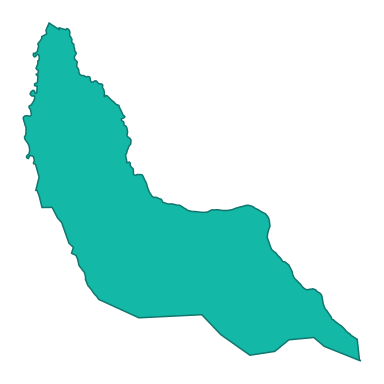 Santa Catarina Quioquitani, Oaxaca, Mexico
{"feature_id": "50627088B43254077601516", "entity_name": "Santa Catarina Quioquitani", "entity_type": "district", "adm_level": 2, "iso_a3": "MEX", "parent_name": "Mexico", "parent_adm1": "Oaxaca", "projection": "robinson", "projection_center": [-96.284, 16.318], "detail": "fine", "context": "isolated", "style": "filled", "palette": "teal", "viewbox_px": 384, "rotation_deg": 0, "n_neighbors": 0, "source": "geoboundaries", "source_scale": "gbopen_adm2", "svg_char_len": 5514}
<svg xmlns="http://www.w3.org/2000/svg" viewBox="0 0 384 384"><path d="M47.2,27.3L45.9,30.5L46.4,32.5L46.6,34.0L41.7,36.6L41.7,38.4L40.3,40.7L39.4,41.8L37.8,43.9L38.6,46.2L37.2,51.6L35.1,53.3L33.4,53.4L33.3,54.7L33.3,55.5L33.7,56.0L33.9,56.4L34.3,56.8L34.7,56.9L35.6,56.5L35.9,56.1L35.9,55.6L36.2,55.1L37.8,54.5L38.1,54.6L38.6,55.0L39.0,55.7L39.2,56.7L39.2,57.0L39.0,60.2L37.9,60.8L37.8,61.6L37.8,62.9L37.8,64.0L37.4,64.9L36.6,66.9L36.3,67.3L36.1,67.8L36.1,68.4L36.4,68.9L36.7,69.4L37.2,69.7L37.9,70.0L38.3,70.4L38.1,73.0L37.9,73.2L37.7,73.5L37.3,73.9L36.2,74.2L36.3,74.8L36.8,75.1L37.4,75.6L37.9,75.7L37.4,82.6L36.9,82.9L35.6,83.3L34.7,83.8L34.5,84.9L34.5,85.5L34.8,85.7L35.4,85.9L36.0,86.0L36.6,86.1L37.2,86.1L36.7,93.0L35.9,93.1L35.3,93.2L34.8,92.9L34.8,92.2L34.7,91.5L34.5,91.1L34.0,90.6L33.1,90.3L32.7,90.4L32.2,90.8L31.5,91.5L30.8,92.1L30.6,92.6L30.1,94.0L30.5,94.7L30.9,95.1L31.6,95.5L31.7,95.9L33.1,96.1L33.7,95.9L34.1,95.9L34.5,96.3L34.6,97.2L34.7,98.3L34.4,99.3L34.0,100.1L33.5,101.3L33.2,101.8L32.8,102.6L32.2,103.4L31.9,103.8L31.5,104.7L31.1,105.0L30.5,105.3L30.0,105.4L29.5,105.8L29.2,106.2L29.0,106.6L29.0,107.2L29.1,107.6L29.3,108.1L29.6,108.5L29.9,108.8L30.4,109.4L30.6,110.3L30.7,111.1L31.1,112.8L31.3,113.9L31.4,114.6L31.2,115.2L30.8,115.6L30.0,116.1L29.3,116.2L28.6,116.2L28.2,115.9L27.4,115.6L26.9,115.7L26.2,115.8L25.2,115.9L24.4,116.2L23.8,116.8L23.4,117.4L23.2,118.3L23.4,119.2L23.8,120.5L24.1,121.9L24.8,123.4L25.0,125.2L25.8,126.6L26.0,128.1L26.0,132.0L25.8,134.0L25.6,135.2L25.0,136.0L24.5,136.9L24.5,137.7L24.8,138.9L25.6,140.2L26.6,141.6L27.4,142.7L28.6,144.9L29.0,145.9L29.4,147.7L29.6,150.0L29.5,151.6L29.4,152.2L29.1,153.0L29.2,153.7L28.5,154.3L27.3,155.3L26.8,155.9L26.5,156.6L26.5,157.2L26.9,157.9L27.5,158.3L28.4,158.5L28.8,157.6L29.4,156.4L30.0,155.7L31.4,155.7L32.8,156.2L33.4,156.7L34.4,160.2L33.8,162.0L33.4,163.0L33.8,163.9L34.7,164.0L35.5,164.3L39.1,177.0L35.8,190.3L37.0,190.3L39.2,196.0L42.0,207.5L52.1,207.4L57.6,218.0L61.7,222.6L69.0,243.3L73.4,247.4L71.5,253.1L72.7,253.9L73.4,254.2L74.5,254.6L76.2,255.6L76.6,257.0L77.3,258.0L77.9,260.6L78.3,262.2L78.8,264.8L79.7,266.6L80.6,267.5L82.4,270.1L84.1,271.9L85.0,274.4L85.5,276.8L85.5,279.8L86.3,281.5L87.8,285.4L91.1,289.3L94.3,293.9L96.7,296.4L98.7,299.4L138.9,317.8L201.8,314.7L220.9,334.7L249.9,355.2L274.8,351.4L288.9,339.8L313.8,337.5L324.3,346.4L360.8,361.0L359.4,359.5L357.2,339.3L351.0,335.3L350.1,334.1L348.0,332.7L346.3,331.3L344.3,328.8L341.5,326.0L338.6,324.1L334.5,320.9L333.4,319.7L331.9,319.4L331.1,316.8L328.9,313.8L327.9,312.3L327.2,311.1L325.0,308.6L323.7,305.1L323.2,303.7L322.7,300.7L322.1,297.1L321.5,295.0L319.7,292.9L318.4,292.4L316.6,291.1L315.7,289.8L312.5,288.7L311.3,289.2L310.0,289.2L306.9,289.8L305.2,289.1L303.9,288.2L301.8,286.2L300.4,284.1L298.2,282.0L294.4,278.2L292.8,274.9L292.2,271.7L290.9,269.1L288.8,265.0L285.1,262.0L282.8,261.5L280.1,257.6L277.8,255.5L275.9,252.9L273.7,251.4L271.6,249.4L270.3,246.2L268.5,240.8L267.3,237.9L267.4,235.4L267.9,232.6L268.7,229.5L270.0,226.3L269.7,223.8L269.3,220.5L268.5,217.8L267.1,215.8L265.6,213.9L260.6,211.3L258.4,209.8L255.1,208.3L253.4,206.9L251.1,206.0L248.7,205.3L247.0,205.3L244.0,205.9L242.3,206.6L240.3,206.8L238.4,207.5L236.1,208.1L234.2,208.9L231.6,209.8L228.3,210.3L226.9,210.5L222.9,210.5L219.3,210.0L218.0,209.7L213.9,209.9L211.5,209.9L208.9,211.3L207.2,212.1L203.2,212.4L199.7,212.1L194.7,211.5L192.4,211.5L189.4,210.8L187.5,210.3L185.6,208.8L183.8,207.9L182.5,206.9L179.5,205.2L176.9,205.1L174.0,204.3L171.6,203.9L169.3,204.0L167.6,203.9L164.2,202.7L162.8,202.2L161.7,200.1L161.5,199.4L159.2,198.6L156.3,197.3L153.6,197.4L151.8,196.0L149.2,191.7L147.6,187.6L146.4,183.2L145.4,181.3L143.3,176.9L142.5,175.2L141.6,174.6L140.0,174.6L137.2,174.5L135.8,175.3L134.2,175.0L133.6,174.2L133.4,173.3L133.4,170.1L133.0,168.5L132.4,168.1L130.8,166.5L130.1,165.0L130.3,163.1L129.3,162.1L127.3,162.6L126.6,162.5L126.7,161.2L126.6,160.0L126.1,158.2L125.6,154.8L126.6,153.2L127.2,150.6L128.0,148.8L128.8,146.5L130.0,144.9L130.7,143.9L131.0,141.2L130.8,139.5L129.6,138.1L127.6,136.7L126.9,135.5L127.3,133.7L127.6,131.7L127.2,129.6L126.8,127.7L126.2,126.5L125.4,125.9L124.4,125.4L123.9,124.6L124.0,123.8L124.0,123.2L123.7,122.5L123.6,121.9L123.4,121.5L122.7,121.3L121.8,120.7L121.3,120.0L121.3,119.5L121.5,119.0L122.2,118.6L123.0,118.2L124.3,117.6L124.7,117.1L124.8,116.6L124.5,116.1L123.9,115.7L123.1,115.2L122.6,114.1L122.2,113.1L121.7,112.0L121.3,111.1L120.2,108.8L119.3,107.2L118.9,105.4L117.9,105.0L116.4,104.6L115.4,103.7L114.1,102.2L112.0,100.6L110.1,98.8L107.6,96.2L106.4,95.5L105.3,95.8L104.8,96.6L104.2,96.4L104.1,95.9L104.4,95.0L104.5,94.1L104.4,92.7L104.0,90.8L103.7,89.5L102.7,88.2L102.5,87.1L102.7,85.8L102.7,85.0L102.2,84.4L101.2,83.9L99.4,83.8L98.2,83.4L97.7,82.5L97.0,81.6L96.1,80.9L94.7,80.9L93.6,81.7L92.2,82.2L91.1,81.8L90.5,80.7L90.3,79.2L90.1,77.8L89.2,76.7L87.8,76.5L86.5,76.9L85.4,76.7L84.6,76.0L83.7,75.6L81.9,75.5L81.1,75.3L80.0,74.5L79.4,73.6L78.9,72.2L78.8,71.2L78.8,70.1L78.3,69.0L77.6,67.8L77.0,67.3L76.7,66.3L76.9,64.4L77.2,62.2L76.9,61.4L76.0,60.5L74.9,59.6L74.4,58.2L74.5,56.5L75.3,55.0L76.0,54.2L76.2,53.5L76.0,52.5L75.4,51.6L74.6,50.6L74.5,50.1L74.7,49.1L74.3,48.0L74.0,46.9L73.9,46.5L73.8,45.7L73.9,45.0L73.9,44.5L73.8,44.2L73.2,43.8L72.3,43.0L71.8,41.9L71.7,41.1L72.0,39.7L71.8,38.9L71.2,38.3L70.8,36.9L70.1,36.3L69.7,35.8L69.7,35.1L69.7,34.0L69.9,32.8L69.7,31.2L69.3,30.5L68.4,29.2L66.7,28.6L65.7,29.7L59.1,27.8L59.1,29.6L55.0,26.9L49.1,23.0L47.2,27.3Z" fill="#14b8a6" stroke="#0f766e" stroke-width="1.5"/></svg>